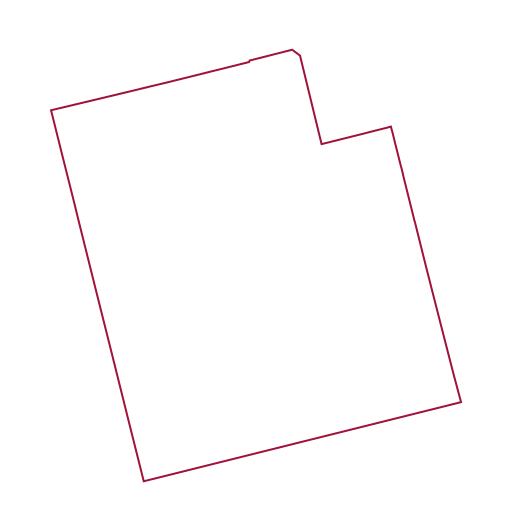 Tapenagá, Chaco, Argentina (Equal Earth projection), rotated 346°
{"feature_id": "61730980B55072056415049", "entity_name": "Tapenagá", "entity_type": "district", "adm_level": 2, "iso_a3": "ARG", "parent_name": "Argentina", "parent_adm1": "Chaco", "projection": "equal_earth", "projection_center": [-59.556, -27.643], "detail": "fine", "context": "isolated", "style": "outline", "palette": "rose", "viewbox_px": 512, "rotation_deg": 346, "n_neighbors": 0, "source": "geoboundaries", "source_scale": "gbopen_adm2", "svg_char_len": 1457}
<svg xmlns="http://www.w3.org/2000/svg" viewBox="0 0 512 512"><g transform="rotate(346 256 256)"><path d="M341.0,64.6L320.9,64.7L297.1,64.8L296.2,66.1L255.7,66.1L228.5,66.1L214.9,66.1L194.7,65.9L174.4,65.8L93.5,65.0L93.2,65.0L92.4,65.0L92.4,107.2L92.5,162.4L92.4,175.5L92.4,260.2L92.5,308.3L92.5,308.8L92.5,351.9L92.5,356.9L92.5,358.3L92.5,375.6L92.5,389.9L92.6,447.4L255.2,447.4L255.3,447.4L419.4,447.4L419.6,447.4L419.1,418.6L418.8,378.0L418.5,327.8L418.5,323.9L418.4,308.2L418.4,268.9L418.4,263.8L418.4,262.5L418.4,262.1L418.3,260.3L418.3,260.2L418.3,255.3L418.3,247.9L418.3,244.8L418.3,244.0L418.3,235.7L418.3,235.4L418.3,233.0L418.3,232.4L418.3,231.9L418.3,226.2L418.3,225.6L418.3,218.0L418.3,216.0L418.3,214.8L418.3,213.9L418.4,211.7L418.4,211.2L418.4,210.7L418.4,210.2L418.4,209.9L418.4,209.3L418.4,207.8L418.4,205.5L418.3,203.8L418.3,200.5L418.3,198.2L418.3,195.8L418.3,190.7L418.3,190.2L418.3,186.0L418.3,183.4L418.2,179.8L418.2,179.4L418.3,177.4L418.3,175.4L418.3,174.9L418.3,174.5L418.3,172.9L418.3,171.6L418.3,171.2L418.3,168.0L418.2,166.5L418.2,164.9L418.2,164.0L418.2,163.1L417.8,163.1L417.4,163.1L417.0,163.1L416.6,163.1L415.8,163.1L415.0,163.2L414.4,163.2L413.7,163.2L413.1,163.2L412.4,163.2L411.3,163.2L410.1,163.2L409.1,163.2L407.9,163.2L406.6,163.2L404.3,163.2L400.2,163.2L398.3,163.2L388.9,163.3L380.4,163.3L380.2,163.3L371.2,163.3L346.7,163.3L346.7,162.4L347.2,72.2L341.0,64.6Z" fill="none" stroke="#9f1239" stroke-width="2"/></g></svg>